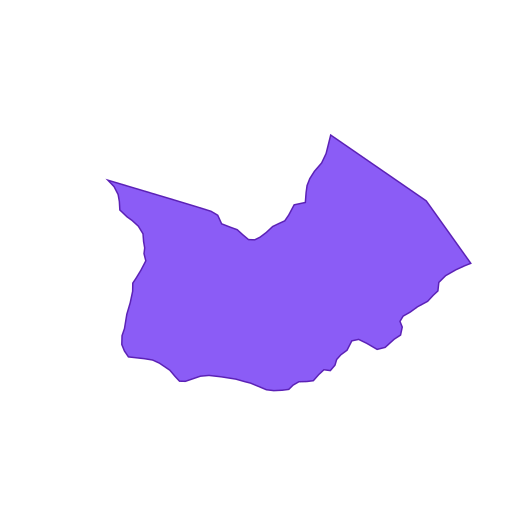 the district of Varjota, Ceará, Brazil, rotated 47°
{"feature_id": "56859067B91642005756852", "entity_name": "Varjota", "entity_type": "district", "adm_level": 2, "iso_a3": "BRA", "parent_name": "Brazil", "parent_adm1": "Ceará", "projection": "albers", "projection_center": [-40.497, -4.171], "detail": "fine", "context": "isolated", "style": "filled", "palette": "violet", "viewbox_px": 512, "rotation_deg": 47, "n_neighbors": 0, "source": "geoboundaries", "source_scale": "gbopen_adm2", "svg_char_len": 1367}
<svg xmlns="http://www.w3.org/2000/svg" viewBox="0 0 512 512"><g transform="rotate(47 256 256)"><path d="M331.8,93.9L218.5,118.9L223.2,126.1L228.9,134.9L232.7,144.5L233.9,155.5L236.1,163.9L239.3,170.6L243.7,176.0L250.5,183.4L244.6,193.2L248.4,204.2L249.9,211.0L247.8,217.3L245.8,223.7L245.8,232.5L245.0,240.2L243.3,245.9L238.9,250.3L231.3,251.2L224.0,251.8L217.3,255.2L209.0,259.2L200.1,256.2L192.6,258.4L177.9,266.8L161.2,276.5L99.6,312.6L108.5,312.5L117.0,314.9L123.0,318.8L129.5,324.2L139.5,323.6L145.4,322.4L153.9,321.7L162.7,323.5L168.7,328.3L174.2,331.9L177.9,336.3L184.4,339.9L187.9,349.8L190.3,358.3L191.8,364.6L197.7,370.3L204.5,380.0L210.5,390.2L219.4,401.7L222.9,408.3L229.2,414.5L235.7,417.0L242.8,418.1L254.9,407.7L261.5,402.6L268.5,399.7L280.8,396.9L288.8,397.3L295.4,397.3L299.5,393.1L306.0,378.6L311.3,371.8L320.8,363.7L332.3,354.7L340.4,349.8L345.2,346.7L360.9,339.6L366.6,334.8L372.1,328.3L375.9,323.0L375.7,317.0L377.2,310.4L382.5,304.4L386.3,299.1L385.5,290.9L385.5,283.9L390.5,279.8L389.7,272.7L386.7,267.6L386.1,261.3L387.0,253.7L383.4,243.8L387.0,237.8L395.3,234.6L406.9,231.1L410.9,223.9L411.1,211.6L412.4,204.2L407.7,197.5L402.0,195.3L400.3,189.4L402.2,181.4L403.3,172.4L406.2,161.4L405.6,153.3L405.6,146.8L400.0,140.3L399.7,130.7L402.4,119.2L405.4,110.2L407.8,103.9L331.8,93.9Z" fill="#8b5cf6" stroke="#5b21b6" stroke-width="1.5"/></g></svg>